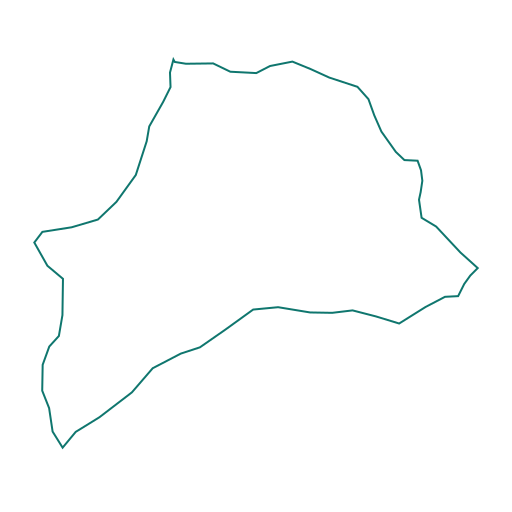 Eda, Värmland, Sweden, rotated 181°
{"feature_id": "70781695B29968345732345", "entity_name": "Eda", "entity_type": "district", "adm_level": 2, "iso_a3": "SWE", "parent_name": "Sweden", "parent_adm1": "Värmland", "projection": "natural_earth1", "projection_center": [12.201, 59.829], "detail": "fine", "context": "isolated", "style": "outline", "palette": "teal", "viewbox_px": 512, "rotation_deg": 181, "n_neighbors": 0, "source": "geoboundaries", "source_scale": "gbopen_adm2", "svg_char_len": 940}
<svg xmlns="http://www.w3.org/2000/svg" viewBox="0 0 512 512"><g transform="rotate(181 256 256)"><path d="M342.0,451.0L345.2,437.9L344.4,423.4L351.5,408.5L365.0,383.7L367.3,368.8L377.6,334.9L396.5,307.7L414.7,289.7L440.8,281.5L470.0,276.4L477.9,265.6L464.4,242.6L448.6,229.8L448.5,193.5L451.7,172.6L461.1,161.9L467.4,143.5L467.4,117.6L460.2,100.3L456.3,76.9L446.0,61.0L433.2,77.0L409.8,92.0L377.7,117.5L357.3,142.0L329.5,157.1L310.5,163.7L285.7,181.6L257.9,202.4L233.0,205.2L200.9,200.5L178.9,200.5L158.5,203.3L135.1,197.7L111.7,191.0L85.4,208.1L66.3,218.5L53.2,219.4L47.3,231.7L41.4,240.2L34.1,247.8L51.6,263.0L76.4,288.6L91.1,297.1L94.0,315.1L92.5,322.7L91.0,334.1L92.5,344.6L96.1,354.1L109.3,354.5L118.0,362.5L132.8,382.6L140.2,398.7L146.3,414.8L157.5,426.9L185.9,435.7L204.5,443.8L223.0,451.0L245.3,446.2L258.9,438.9L284.9,439.8L302.2,447.8L329.4,447.0L340.6,448.6L342.0,451.0Z" fill="none" stroke="#0f766e" stroke-width="2"/></g></svg>